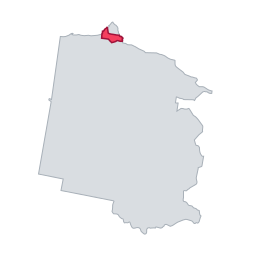 Tawkar, Red Sea, Sudan (highlighted), rotated 277°
{"feature_id": "16777658B45805430370558", "entity_name": "Tawkar", "entity_type": "district", "adm_level": 2, "iso_a3": "SDN", "parent_name": "Sudan", "parent_adm1": "Red Sea", "projection": "albers", "projection_center": [37.526, 17.9], "detail": "fine", "context": "in_parent", "style": "filled", "palette": "rose", "viewbox_px": 256, "rotation_deg": 277, "n_neighbors": 0, "source": "geoboundaries", "source_scale": "gbopen_adm2", "svg_char_len": 5015}
<svg xmlns="http://www.w3.org/2000/svg" viewBox="0 0 256 256"><g transform="rotate(277 128 128)"><path d="M175.0,206.9L172.6,206.9L172.4,206.3L172.4,204.8L172.7,203.7L173.6,201.9L173.4,200.9L173.6,199.5L173.0,197.9L167.5,193.2L166.4,191.9L163.4,190.7L164.0,189.4L163.0,179.9L163.6,178.8L163.8,177.1L163.8,175.7L164.6,173.3L164.7,172.2L158.8,172.0L158.7,173.1L158.9,174.2L158.9,174.7L150.7,174.5L153.9,178.3L154.0,180.0L153.7,182.0L153.8,183.3L153.9,184.1L154.8,185.8L154.7,186.1L154.5,186.5L148.5,191.3L147.4,193.6L146.6,194.7L144.8,196.7L139.3,201.8L138.4,202.1L134.3,202.2L133.8,202.3L133.5,202.5L133.3,202.4L129.9,199.2L124.2,195.3L120.2,197.0L119.1,197.7L119.0,199.5L118.4,200.4L117.3,201.3L114.4,201.8L112.8,202.3L111.0,203.2L109.2,204.8L109.0,205.7L109.2,206.5L99.2,206.0L98.5,205.3L97.2,202.5L96.2,202.6L87.1,201.8L85.8,202.0L83.1,203.0L81.8,203.1L80.5,202.5L76.1,196.7L75.1,196.0L74.1,194.6L73.1,194.0L72.8,193.6L72.7,193.0L72.8,191.8L72.5,191.0L71.8,190.8L65.3,191.6L64.4,191.4L63.0,191.6L62.5,191.7L61.9,192.4L61.8,193.9L61.5,194.7L61.0,195.5L59.0,197.2L58.6,198.0L58.5,200.0L58.3,201.1L58.0,201.5L57.2,202.3L56.8,202.7L56.3,205.3L55.2,206.8L55.0,207.3L54.8,208.5L54.6,208.8L51.7,209.5L50.5,210.0L49.8,210.8L49.6,211.2L48.4,210.8L46.8,210.5L43.8,210.0L42.6,209.4L42.1,208.8L42.4,207.2L42.1,206.9L41.6,206.5L41.3,205.8L41.5,205.0L43.2,203.3L43.6,202.3L44.4,197.8L44.4,196.4L43.3,193.7L40.7,189.0L40.1,188.1L36.7,184.1L36.4,183.6L35.6,181.9L36.8,178.6L37.0,177.7L36.8,176.7L36.0,175.9L35.1,175.7L34.2,174.7L33.5,174.3L32.9,173.4L32.6,172.3L33.2,168.3L33.1,167.7L32.2,167.5L32.0,167.2L32.1,166.4L31.7,164.1L31.3,162.2L31.7,161.2L31.1,159.7L29.7,158.9L26.8,159.2L25.9,159.0L25.3,158.7L24.9,158.1L24.7,157.5L25.0,156.6L26.0,155.0L27.1,153.6L29.3,152.5L29.9,151.9L30.2,151.2L30.4,150.3L30.3,149.4L30.1,148.5L29.6,147.4L29.2,146.0L29.2,145.2L29.6,144.5L30.2,143.8L32.3,142.5L34.5,141.5L34.9,141.0L34.8,140.5L33.9,139.4L33.8,137.4L33.4,136.0L34.5,135.1L35.3,134.8L36.6,134.5L37.1,134.1L37.3,133.3L37.3,132.5L37.8,132.0L38.5,130.8L39.0,130.2L40.7,128.9L41.1,128.0L41.3,127.0L41.1,124.2L42.1,123.1L43.3,122.3L45.0,122.5L47.6,122.4L49.4,122.2L50.7,122.3L53.5,123.0L53.8,122.8L54.0,122.1L57.8,69.1L69.5,69.9L71.4,44.8L144.3,48.5L144.9,48.4L146.1,46.1L146.6,46.0L147.3,46.1L147.6,46.7L146.9,48.6L210.6,49.7L210.7,52.6L211.2,54.9L213.0,58.2L214.6,59.9L215.1,60.9L215.2,61.3L215.1,61.8L214.6,61.3L213.9,61.0L213.7,62.5L214.1,65.6L214.8,67.8L214.3,69.9L214.3,73.3L215.2,77.5L215.0,80.1L216.3,86.3L217.6,89.7L218.3,90.6L219.2,91.0L220.7,91.3L223.0,93.1L224.8,94.9L225.5,95.9L226.4,96.9L227.0,96.7L227.3,96.4L227.9,97.3L230.8,99.1L231.3,100.0L230.2,100.8L229.0,102.3L228.5,103.6L228.1,104.0L227.2,104.9L227.0,105.3L226.6,105.5L226.2,105.6L225.2,106.0L224.3,105.9L223.4,106.1L223.0,106.5L222.3,106.7L221.4,106.9L219.9,108.0L218.5,108.6L218.1,109.0L217.4,111.3L216.9,111.9L214.9,112.0L214.0,112.1L212.7,111.9L212.0,111.9L211.9,112.4L211.6,114.3L211.7,115.2L210.6,117.4L210.9,121.5L209.8,124.6L209.6,125.3L208.5,127.8L208.0,128.7L206.6,133.3L206.1,134.7L204.9,136.2L206.0,147.2L205.0,150.6L205.0,152.4L204.3,155.1L203.8,156.4L202.9,157.9L202.1,159.6L201.4,161.8L201.0,166.0L200.8,166.4L197.2,166.9L196.1,167.2L195.4,167.6L194.4,168.7L192.6,171.7L191.6,173.5L190.1,176.0L188.3,177.7L188.0,178.5L187.6,180.1L187.0,182.6L186.4,184.4L186.4,185.9L185.9,188.4L185.9,189.6L185.3,190.3L184.5,190.9L183.9,191.0L181.4,189.3L179.7,190.5L178.6,192.1L177.7,193.7L178.1,197.1L178.0,197.9L177.8,198.7L176.1,202.1L175.5,203.6L175.0,206.3L175.0,206.9Z" fill="#d9dde1" stroke="#a8b0b8" stroke-width="1"/><path d="M224.9,95.4L225.0,95.2L225.4,95.0L225.4,94.9L225.2,94.7L224.8,94.6L224.7,94.5L224.6,94.4L224.4,94.3L224.3,94.2L224.2,94.0L224.0,93.9L223.9,93.8L223.9,93.7L223.6,93.3L223.5,93.2L223.3,93.0L223.1,92.8L222.9,92.7L222.7,92.6L222.4,92.5L222.2,92.5L222.0,92.4L221.9,92.4L221.7,92.3L221.5,92.2L221.4,92.1L221.2,91.9L221.1,91.7L220.9,91.5L220.9,91.4L221.0,91.3L220.9,91.2L220.7,91.1L220.4,91.1L220.1,91.0L220.2,90.9L219.9,90.9L219.8,91.0L219.7,91.0L219.4,91.0L219.2,91.1L218.8,91.1L218.7,91.1L218.4,91.0L218.3,90.9L218.2,90.8L218.2,90.7L217.5,90.7L216.8,90.7L215.9,90.8L214.0,90.9L213.9,90.9L213.9,95.3L213.8,97.8L212.2,99.5L210.7,101.5L211.1,102.2L211.3,102.9L211.6,103.6L212.4,105.3L213.2,106.1L213.4,106.4L213.5,107.2L213.4,107.8L213.4,108.1L213.2,109.1L213.1,109.7L213.4,111.4L213.4,111.6L213.4,111.8L213.5,111.9L213.8,111.9L214.0,111.8L214.3,111.8L214.4,111.7L214.5,111.7L214.8,111.7L215.0,111.7L215.3,111.6L215.5,111.6L215.6,111.4L215.8,111.5L216.0,111.6L216.2,111.8L216.3,111.9L216.5,112.0L216.7,111.9L216.8,111.8L216.8,111.7L216.9,111.4L217.0,111.4L217.3,111.2L217.5,110.9L217.6,110.6L217.6,110.4L217.8,110.2L218.0,110.2L218.0,109.9L217.9,109.9L217.9,109.7L218.0,109.7L218.0,109.4L218.1,109.2L218.0,108.9L218.0,108.7L218.2,108.4L218.3,108.4L219.0,108.1L218.9,104.9L219.0,104.1L219.1,102.1L219.1,100.2L219.3,98.1L219.6,97.3L219.7,97.2L219.9,96.8L224.9,95.4L224.9,95.4Z" fill="#f43f5e" stroke="#9f1239" stroke-width="1.5"/></g></svg>